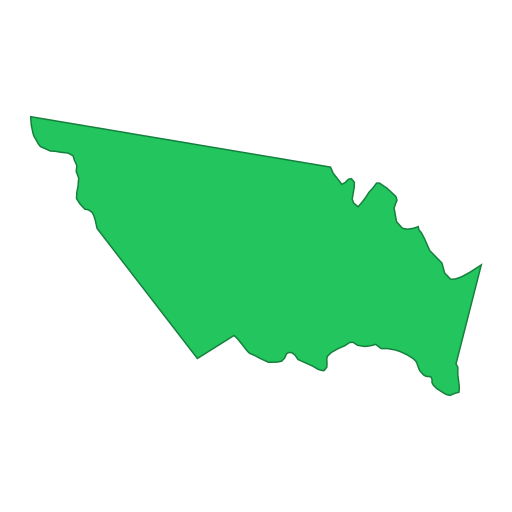 Carierre, Vieux Fort, Saint Lucia
{"feature_id": "8701671B41249245584298", "entity_name": "Carierre", "entity_type": "district", "adm_level": 2, "iso_a3": "LCA", "parent_name": "Saint Lucia", "parent_adm1": "Vieux Fort", "projection": "mercator", "projection_center": [-60.966, 13.785], "detail": "fine", "context": "isolated", "style": "filled", "palette": "green", "viewbox_px": 512, "rotation_deg": 0, "n_neighbors": 0, "source": "geoboundaries", "source_scale": "gbopen_adm2", "svg_char_len": 1956}
<svg xmlns="http://www.w3.org/2000/svg" viewBox="0 0 512 512"><path d="M418.3,226.6L413.4,228.3L411.3,228.6L407.5,229.2L403.0,228.4L402.5,228.3L396.6,221.8L395.6,216.5L394.1,208.1L395.3,204.5L395.8,203.1L397.0,200.3L395.8,196.4L387.0,188.2L379.5,183.1L376.5,183.1L375.6,184.4L372.3,188.7L370.5,190.6L369.4,191.7L365.2,198.1L361.9,202.4L358.1,206.8L353.5,202.9L352.2,199.0L354.3,186.9L354.3,182.2L351.4,178.7L348.5,179.2L345.1,182.6L341.8,184.3L339.3,181.0L337.2,178.3L333.4,173.6L332.9,172.5L330.5,167.1L30.7,116.7L30.9,120.1L31.3,125.3L33.1,133.7L33.4,134.5L33.8,135.9L38.4,144.0L40.3,146.5L42.2,147.4L46.2,149.1L49.6,150.7L50.3,151.0L55.3,151.3L60.9,152.3L67.8,153.0L70.9,154.6L73.1,155.8L74.3,160.0L75.5,162.6L76.8,165.5L76.6,167.9L76.2,171.6L76.9,173.3L78.7,178.0L78.2,183.9L78.1,185.7L77.6,188.2L76.8,192.5L76.5,198.6L80.0,204.0L84.9,209.2L88.4,209.8L92.1,212.4L93.7,215.3L95.2,220.1L97.1,228.5L197.4,358.5L234.0,335.5L236.9,338.1L242.4,344.8L246.7,350.4L249.4,353.2L255.3,355.8L260.1,358.4L268.5,362.3L277.1,362.1L281.6,361.2L284.6,358.1L286.6,353.7L288.7,352.5L292.1,352.8L295.2,355.3L298.0,359.5L301.1,360.9L312.7,366.1L317.9,369.3L322.0,370.5L324.0,370.7L326.8,367.2L327.0,363.5L326.8,358.8L327.4,356.3L331.3,352.5L338.1,348.6L344.7,345.8L349.7,342.5L353.1,342.3L357.6,345.3L364.9,346.5L370.3,345.8L375.7,344.4L381.2,348.6L387.5,348.6L395.5,350.0L400.7,351.8L407.3,354.9L413.2,358.6L415.5,360.8L416.8,362.8L417.6,365.4L419.5,370.3L421.0,372.2L423.4,374.8L425.3,376.0L426.6,376.4L428.9,376.5L431.1,377.1L432.0,379.4L432.0,382.6L433.5,385.4L436.8,388.6L439.6,390.4L443.1,392.7L446.6,394.6L449.0,395.2L450.4,395.3L453.4,393.9L457.0,392.7L458.9,392.3L459.2,389.9L459.2,385.6L457.8,374.5L457.8,367.2L456.0,363.9L481.1,265.6L481.3,264.9L470.0,272.2L461.1,277.0L455.5,278.9L450.8,279.4L444.7,273.1L441.9,263.0L435.3,256.3L429.7,250.5L424.6,238.9L421.3,232.6L418.8,229.6L418.6,228.4L418.3,226.6Z" fill="#22c55e" stroke="#15803d" stroke-width="1.5"/></svg>